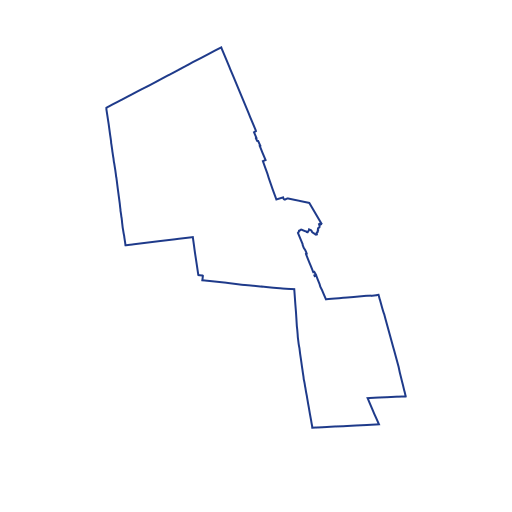 Boldu, Buzau, Romania (Albers equal-area conic projection), rotated 323°
{"feature_id": "2599482B96550802380663", "entity_name": "Boldu", "entity_type": "district", "adm_level": 2, "iso_a3": "ROU", "parent_name": "Romania", "parent_adm1": "Buzau", "projection": "albers", "projection_center": [27.244, 45.287], "detail": "fine", "context": "isolated", "style": "outline", "palette": "blue", "viewbox_px": 512, "rotation_deg": 323, "n_neighbors": 0, "source": "geoboundaries", "source_scale": "gbopen_adm2", "svg_char_len": 4815}
<svg xmlns="http://www.w3.org/2000/svg" viewBox="0 0 512 512"><g transform="rotate(323 256 256)"><path d="M198.2,426.0L198.3,426.0L198.1,426.4L197.9,426.7L197.7,426.9L197.6,427.0L197.8,427.2L198.1,427.3L198.5,427.6L199.2,428.1L199.7,428.4L200.7,429.1L202.1,430.1L206.8,433.3L207.5,433.7L208.0,434.1L210.6,435.8L216.2,439.5L217.6,440.5L223.7,444.8L224.8,445.5L230.2,449.1L233.5,451.3L242.1,457.2L246.0,459.8L252.1,463.9L252.9,464.4L254.4,458.0L254.9,455.7L255.4,453.4L256.4,449.5L258.8,439.8L259.3,438.0L259.6,436.7L261.3,437.8L268.0,442.3L276.2,448.0L284.1,453.3L284.7,453.8L287.9,456.0L288.5,456.5L289.8,457.4L290.4,457.9L290.5,457.9L290.6,458.0L290.8,458.2L291.0,458.3L291.1,458.2L291.4,457.5L291.8,456.5L292.3,455.4L292.8,454.3L293.5,452.5L295.9,447.0L296.8,444.8L300.8,435.4L303.2,430.3L309.4,414.8L310.7,411.4L316.3,397.3L321.7,383.7L323.3,379.8L323.7,378.4L324.5,376.1L325.6,373.2L328.7,365.4L328.8,364.9L329.1,364.2L330.0,362.0L330.5,360.7L328.5,359.7L328.2,359.7L327.9,359.4L326.3,358.5L324.1,357.2L323.9,356.8L323.3,356.4L319.9,354.0L308.5,347.0L302.4,343.1L300.3,341.7L297.2,339.9L292.3,336.7L289.0,334.6L288.2,334.1L286.7,333.2L285.8,332.7L287.0,327.7L287.5,325.7L288.3,322.6L288.4,321.7L288.5,321.4L288.9,319.1L289.1,318.7L289.5,317.6L289.8,316.9L290.0,316.2L290.8,313.2L291.2,311.7L291.8,309.7L292.3,307.7L290.8,307.4L291.0,306.6L292.6,307.0L292.9,304.6L293.0,303.7L292.0,303.4L292.1,302.8L292.7,300.9L293.7,297.2L294.6,293.6L295.7,289.5L297.0,284.9L297.2,284.4L297.9,284.6L298.4,283.0L298.7,281.7L298.8,281.1L298.9,280.6L299.0,278.5L299.1,278.0L299.2,277.6L299.5,276.7L299.7,275.9L299.9,275.3L300.4,274.5L300.7,273.3L303.4,262.8L305.0,262.3L305.6,261.7L306.9,262.1L307.4,261.9L308.2,262.3L309.3,264.3L310.1,265.6L311.0,266.8L310.9,267.4L311.5,268.1L313.7,267.3L314.4,266.7L314.8,267.4L315.2,268.1L315.4,268.4L315.4,268.9L315.5,269.3L315.2,270.8L315.6,272.0L316.2,273.6L316.5,274.8L317.0,275.2L317.6,275.4L318.4,274.0L318.7,273.8L319.5,274.0L320.9,273.0L320.8,272.9L320.6,272.9L322.2,271.2L323.7,271.3L324.3,271.0L325.2,269.5L325.5,268.5L326.3,268.6L326.5,269.7L327.1,269.8L327.6,269.0L327.8,269.1L327.9,268.2L330.5,245.7L316.0,229.1L314.8,228.7L313.3,228.4L313.2,228.4L312.7,228.0L312.6,227.6L312.5,227.4L312.5,226.6L312.9,225.5L306.3,223.1L308.8,214.8L309.6,212.2L313.2,201.1L314.6,197.3L315.8,193.4L316.7,190.4L318.6,184.4L319.0,184.5L321.4,185.1L322.9,179.1L323.4,177.1L324.7,172.4L325.2,170.4L325.8,170.5L326.0,169.5L326.7,166.5L326.8,166.0L326.8,165.8L326.9,165.4L326.5,165.1L326.2,164.8L326.5,163.1L326.8,161.8L326.9,161.7L327.4,161.9L328.9,156.0L331.1,156.2L331.4,155.5L332.3,152.0L333.2,148.5L334.1,144.9L335.0,141.3L336.0,137.7L337.8,130.7L341.7,115.5L346.0,98.8L348.0,90.7L348.4,89.4L350.4,81.6L352.7,72.5L353.4,69.7L353.8,68.5L353.3,68.4L351.1,68.0L348.9,67.6L346.6,67.2L342.7,66.6L338.8,66.0L333.3,65.1L331.4,64.8L325.3,63.7L322.0,63.1L318.8,62.7L295.1,59.0L295.0,58.9L291.3,58.3L284.8,57.3L274.3,55.7L265.6,54.1L260.9,53.3L237.6,49.5L232.6,48.6L231.2,48.4L228.4,48.0L227.4,47.8L225.7,47.6L224.8,48.8L221.9,54.2L219.1,59.4L217.6,62.2L212.6,71.1L211.3,73.5L210.7,74.6L209.2,77.3L208.5,78.3L208.2,78.8L207.6,80.0L207.0,81.1L206.0,82.9L205.4,84.0L204.9,84.9L204.5,85.6L204.3,85.9L203.4,87.6L202.3,89.6L201.6,90.9L200.9,92.3L200.3,93.3L199.1,95.4L198.4,96.9L195.1,103.1L194.7,103.8L193.2,106.5L191.9,108.7L191.8,109.1L190.0,112.3L186.6,118.2L178.6,132.4L177.2,134.7L176.0,136.8L175.8,137.2L175.0,138.3L174.5,139.3L173.1,141.9L172.8,142.4L172.5,142.9L171.9,144.0L171.7,144.4L171.7,144.5L171.3,145.2L171.0,145.7L170.3,146.9L170.2,147.1L169.0,149.0L168.5,149.9L166.9,152.6L166.3,153.7L165.8,154.7L164.0,158.1L162.7,160.8L162.1,161.8L160.0,165.7L159.3,167.0L158.2,168.9L158.3,169.0L159.7,169.8L161.8,171.0L163.8,172.2L165.3,173.0L171.9,176.8L187.5,185.8L201.0,193.7L204.4,195.6L214.3,201.4L216.9,202.9L212.4,211.0L211.2,213.1L209.3,216.5L203.8,226.7L198.9,235.7L198.5,236.4L198.6,236.7L201.0,238.9L201.4,239.2L201.5,239.3L201.6,239.5L201.6,240.0L201.3,240.2L200.3,241.3L198.5,243.1L198.7,243.3L199.8,244.2L201.7,246.0L204.1,248.2L214.4,257.8L215.6,258.9L216.6,259.9L217.8,261.1L225.6,268.7L226.8,269.9L228.3,271.3L229.6,272.4L233.4,275.8L235.1,277.4L237.0,279.1L239.1,281.1L242.2,284.0L242.3,283.9L245.9,287.3L250.1,291.2L253.8,294.5L256.2,296.6L257.9,298.2L262.1,301.8L264.9,304.1L266.6,305.5L261.3,313.7L258.7,317.7L256.1,321.8L254.2,324.8L251.3,329.2L246.4,336.6L244.7,339.5L242.0,343.8L240.6,345.9L237.2,351.8L235.9,354.3L235.3,355.6L232.3,360.8L229.7,365.6L225.7,372.8L224.8,374.5L223.3,377.2L222.6,378.5L221.2,381.1L220.0,383.1L218.8,385.7L217.9,387.5L216.7,389.7L216.6,389.9L216.2,390.8L214.2,394.6L212.3,398.5L211.6,399.8L209.9,403.1L209.0,404.8L207.1,408.6L204.1,414.4L202.6,417.4L200.9,420.8L200.1,422.3L198.6,425.3L198.2,426.0Z" fill="none" stroke="#1e3a8a" stroke-width="2"/></g></svg>